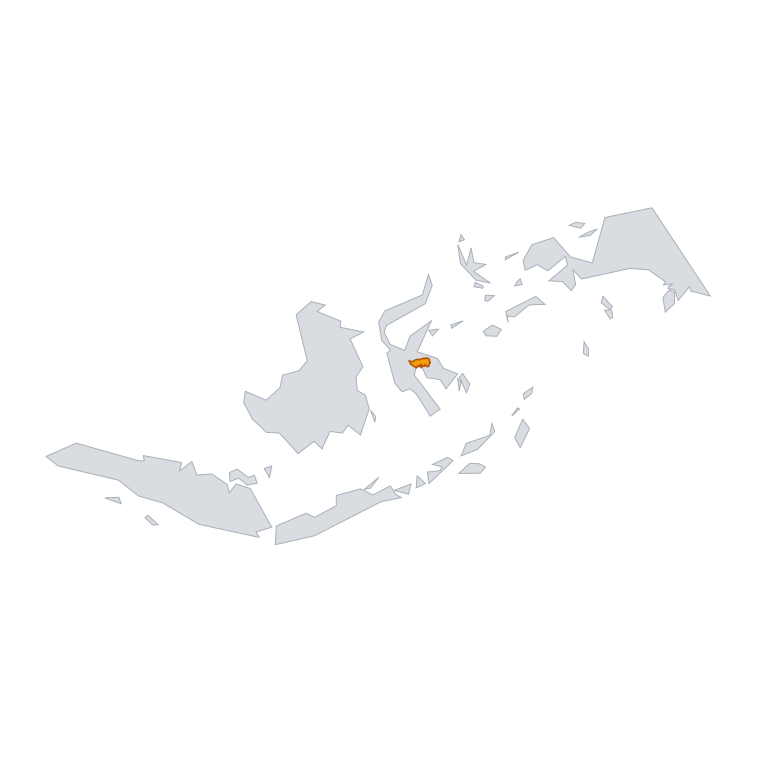 Luwu Timur, Sulawesi Selatan, Indonesia (highlighted), rotated 326°
{"feature_id": "22746128B1110744719374", "entity_name": "Luwu Timur", "entity_type": "district", "adm_level": 2, "iso_a3": "IDN", "parent_name": "Indonesia", "parent_adm1": "Sulawesi Selatan", "projection": "natural_earth1", "projection_center": [121.051, -2.532], "detail": "fine", "context": "in_parent", "style": "filled", "palette": "amber", "viewbox_px": 768, "rotation_deg": 326, "n_neighbors": 0, "source": "geoboundaries", "source_scale": "gbopen_adm2", "svg_char_len": 6779}
<svg xmlns="http://www.w3.org/2000/svg" viewBox="0 0 768 768"><g transform="rotate(326 384 384)"><path d="M264.9,312.5L277.2,331.5L295.5,329.0L304.9,320.1L320.9,325.4L333.4,321.9L349.9,277.4L369.8,275.0L379.3,285.6L369.2,286.6L383.3,307.8L379.4,312.5L396.2,329.5L381.1,327.6L376.2,358.0L364.7,362.4L358.2,374.4L362.3,382.8L357.9,396.2L336.0,413.1L331.1,398.0L322.2,401.5L312.7,393.1L296.3,403.1L293.9,392.4L273.8,393.6L269.9,366.1L259.7,358.6L255.3,339.7L257.2,321.2L264.9,312.5ZM63.3,255.1L95.8,260.9L137.2,309.9L142.3,313.8L144.5,308.8L172.3,336.0L165.6,341.9L181.3,340.8L178.0,354.8L191.0,362.3L197.8,379.4L195.1,387.6L205.6,384.1L214.7,395.9L210.8,439.9L195.2,435.1L194.7,441.3L152.1,396.9L134.1,358.9L118.0,339.7L110.1,315.2L68.1,269.8L63.3,255.1ZM704.7,387.8L703.7,493.5L690.3,478.5L692.0,474.1L674.7,479.2L677.6,468.6L672.9,463.2L674.6,462.4L677.3,462.8L678.9,462.2L670.9,458.1L674.6,456.8L667.4,437.6L652.7,425.7L606.4,407.4L604.6,395.0L598.4,408.7L591.5,411.3L589.3,398.9L578.4,390.7L602.6,388.1L605.8,379.6L583.1,381.8L577.8,370.8L564.7,368.6L568.4,359.3L584.4,351.2L606.5,357.5L609.6,382.9L624.4,400.1L660.3,369.5L704.7,387.8ZM479.0,329.3L463.1,340.5L418.6,336.9L413.1,341.1L411.3,354.5L419.8,367.7L432.5,358.9L458.6,358.1L429.5,375.9L442.6,392.6L442.0,404.2L450.7,416.7L432.7,422.7L433.1,411.9L423.0,402.6L425.2,390.1L419.6,388.7L414.1,393.3L416.5,436.2L404.3,436.5L405.2,410.9L403.0,402.5L394.6,400.6L393.4,389.6L403.5,360.2L408.3,359.4L406.5,346.9L414.2,329.7L425.6,323.9L465.6,331.6L482.1,318.1L479.0,329.3ZM215.4,441.5L247.0,447.5L251.9,455.7L276.4,458.2L282.1,449.7L306.0,457.9L312.7,469.8L332.2,472.0L332.0,481.9L334.8,487.9L316.1,480.0L241.4,470.9L204.0,456.4L215.4,441.5ZM518.9,331.7L532.3,319.9L526.4,333.5L535.3,341.9L521.1,340.6L528.7,359.9L518.4,349.4L514.7,326.9L523.2,309.7L518.9,331.7ZM525.4,392.0L558.7,396.3L562.0,408.1L548.5,399.5L529.9,401.4L524.5,396.7L521.3,402.2L525.4,392.0ZM449.4,485.3L425.0,490.5L407.8,486.7L419.0,479.3L443.0,485.6L451.3,477.1L449.4,485.3ZM379.1,477.8L395.5,480.2L398.3,486.2L365.6,491.7L370.8,481.3L382.1,487.2L385.8,485.0L379.1,477.8ZM479.3,490.7L479.8,502.4L461.4,512.9L462.3,501.6L479.3,490.7ZM214.7,372.5L219.2,385.5L225.5,387.2L223.4,395.3L214.0,391.3L211.0,380.9L201.9,378.6L206.4,371.0L214.7,372.5ZM669.8,479.8L657.4,481.6L663.5,468.3L673.2,465.4L676.2,470.4L669.8,479.8ZM410.7,497.7L418.3,503.3L421.7,509.6L414.1,511.8L395.9,500.0L410.7,497.7ZM506.7,395.6L511.8,404.4L504.2,407.5L495.4,401.0L495.8,395.9L506.7,395.6ZM333.1,478.0L350.4,482.0L342.6,489.1L333.1,478.0ZM360.1,478.7L362.8,489.7L352.6,488.1L360.1,478.7ZM245.1,389.2L236.7,397.5L237.4,387.1L245.1,389.2ZM614.6,433.6L616.6,447.7L612.7,448.3L609.5,438.1L614.6,433.6ZM327.5,458.5L314.3,462.7L308.6,460.3L327.5,458.5ZM455.0,419.3L455.1,432.0L447.5,437.4L450.5,420.4L455.0,419.3ZM88.8,322.3L100.8,329.6L99.2,336.3L88.8,322.3ZM118.1,374.3L113.4,371.6L111.2,361.2L114.8,360.9L118.1,374.3ZM568.9,475.3L566.3,470.2L573.5,460.9L573.2,469.3L568.9,475.3ZM555.8,346.6L569.6,350.2L554.1,348.8L555.8,346.6ZM472.4,372.4L485.0,375.9L471.2,375.6L472.4,372.4ZM449.1,425.5L442.5,431.8L448.3,420.4L449.1,425.5ZM626.3,356.0L633.5,357.2L640.2,363.2L633.8,364.6L626.3,356.0ZM505.7,469.9L501.0,474.5L491.6,475.1L494.1,469.9L505.7,469.9ZM614.1,450.0L611.0,456.6L607.8,456.4L608.2,446.0L614.1,450.0ZM524.8,372.4L516.5,373.5L514.2,371.3L517.7,367.1L524.8,372.4ZM627.6,371.3L637.8,372.3L647.5,374.7L638.1,376.2L627.6,371.3ZM451.2,364.6L459.7,368.9L451.0,371.2L451.2,364.6ZM531.4,309.3L525.7,308.1L531.1,303.3L531.4,309.3ZM471.8,482.1L481.1,478.3L482.3,480.6L471.8,482.1ZM555.7,372.9L554.2,378.7L547.1,375.7L550.7,374.0L555.7,372.9ZM358.8,406.5L355.2,410.5L358.1,398.2L358.8,406.5ZM516.6,350.6L521.0,358.6L519.3,359.8L512.9,353.6L516.6,350.6Z" fill="#d9dde1" stroke="#a8b0b8" stroke-width="1"/><path d="M429.5,393.7L429.7,393.8L429.8,393.8L430.3,394.2L430.6,394.3L430.9,394.4L431.0,394.1L431.4,393.8L431.5,393.7L431.8,393.5L432.0,393.2L432.1,392.9L432.3,392.8L432.5,392.8L432.7,392.7L432.8,392.6L433.1,392.6L433.3,392.5L433.4,392.4L433.5,392.4L433.6,392.5L433.8,392.5L434.1,392.5L434.2,392.3L434.2,392.2L433.9,392.0L433.9,391.8L433.9,391.6L434.0,391.4L434.1,391.2L434.3,391.1L434.5,391.2L434.6,390.4L434.9,390.2L435.1,389.8L435.1,389.4L435.2,389.2L435.4,389.0L435.5,388.7L435.4,388.4L435.4,388.1L435.1,387.8L434.8,387.5L434.3,386.6L434.2,386.5L433.8,386.6L433.7,386.7L433.5,386.4L433.4,386.1L433.3,385.9L433.1,385.8L432.7,385.9L432.3,385.9L432.2,385.7L431.9,385.5L431.9,385.4L431.7,385.4L431.6,385.2L431.5,385.3L431.3,384.9L431.0,384.8L430.9,384.7L430.7,384.6L430.3,384.5L430.2,384.6L428.9,384.2L428.7,384.0L427.8,383.9L427.7,383.8L427.3,383.9L427.1,384.0L426.9,383.9L426.8,383.6L426.6,383.4L426.4,383.1L426.1,382.6L425.9,382.4L425.4,382.3L425.2,382.2L425.2,382.3L424.9,382.3L424.6,382.2L424.3,381.9L423.9,381.7L423.6,381.6L422.8,381.5L422.2,381.5L421.7,381.6L421.5,381.8L421.1,381.8L420.9,381.6L420.6,381.6L420.4,381.4L420.1,381.2L419.9,381.1L419.1,380.5L418.6,379.9L418.1,379.2L417.8,378.7L417.7,378.8L417.6,379.0L417.7,379.4L417.6,379.5L417.7,380.0L417.7,380.3L417.6,380.6L417.6,380.8L417.5,381.2L417.3,381.3L417.3,381.5L417.1,381.8L417.1,382.0L417.1,382.3L417.2,382.5L417.3,382.5L417.6,382.8L417.6,383.1L417.8,383.2L417.9,383.3L417.9,383.7L417.8,383.9L417.8,384.1L418.0,384.3L418.1,384.6L418.1,384.9L418.2,385.1L418.3,385.1L418.4,385.3L418.5,385.3L418.5,385.5L418.6,385.8L418.7,386.0L418.7,386.3L418.8,386.4L418.8,386.5L419.0,386.8L419.0,387.0L419.1,387.3L419.3,387.4L419.3,387.5L419.3,387.8L419.3,388.0L419.4,388.3L419.5,388.3L419.5,388.5L419.8,388.6L419.9,388.4L420.0,388.4L420.3,388.3L420.5,388.3L420.6,388.2L420.9,388.3L420.9,388.2L421.0,388.0L421.3,388.0L421.5,388.1L421.8,388.0L422.0,388.1L422.1,388.3L422.1,388.2L422.1,388.3L422.2,388.5L422.3,388.5L422.5,388.6L422.6,388.4L422.9,388.3L423.0,388.4L423.1,388.5L423.3,388.6L423.5,388.6L423.8,388.7L423.8,388.8L423.9,388.7L423.9,388.8L424.1,388.8L424.2,388.7L424.3,388.8L424.5,388.9L424.8,388.8L424.7,388.6L424.8,388.6L425.1,388.6L425.0,388.8L425.0,389.2L425.2,389.3L425.3,389.2L425.5,389.2L425.7,389.3L425.7,389.5L425.8,389.5L425.7,389.8L425.6,390.0L425.4,390.0L425.4,389.9L425.4,390.0L425.4,390.3L425.2,390.5L425.0,390.4L424.9,390.4L424.9,390.5L424.8,390.8L424.7,390.8L424.8,390.9L424.8,391.0L424.7,391.0L424.6,390.9L424.6,391.0L424.4,391.2L424.2,391.1L424.2,391.3L424.3,391.3L424.5,391.3L424.7,391.2L424.8,391.0L424.9,390.8L425.0,390.8L425.3,390.7L425.5,390.7L426.2,390.8L426.3,390.9L426.6,391.1L426.8,391.1L427.0,391.4L427.0,391.5L427.3,391.8L427.5,391.8L427.6,391.7L427.8,391.3L428.4,391.2L428.6,391.0L428.8,391.0L429.1,391.5L429.2,391.9L429.4,392.3L429.5,392.5L429.2,392.9L429.1,393.1L429.2,393.3L429.4,393.7L429.5,393.7ZM424.0,391.1L423.9,391.1L424.0,391.1Z" fill="#f59e0b" stroke="#b45309" stroke-width="1.5"/></g></svg>